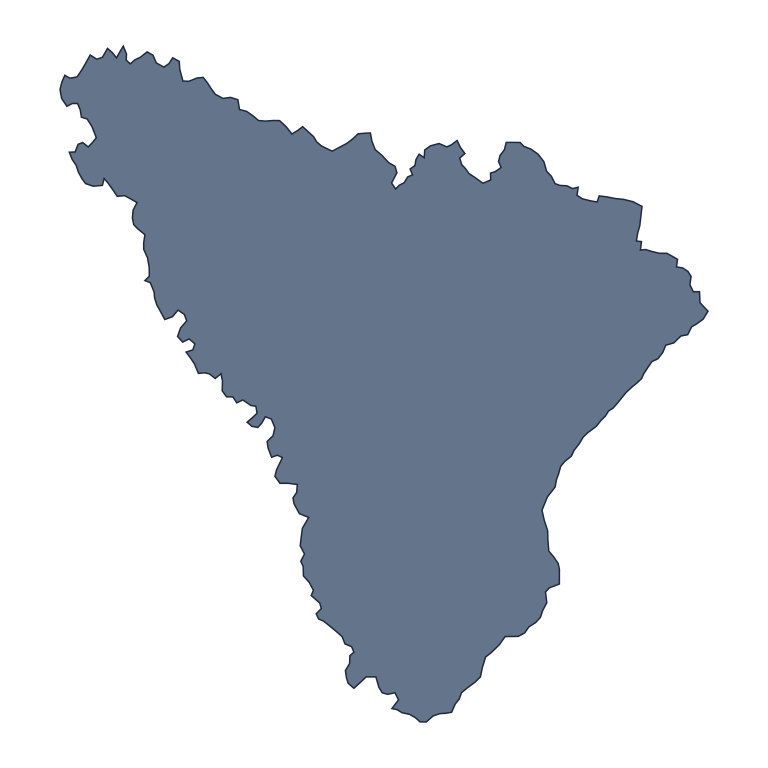 the district of Palestina, São Paulo, Brazil
{"feature_id": "56859067B15290708695755", "entity_name": "Palestina", "entity_type": "district", "adm_level": 2, "iso_a3": "BRA", "parent_name": "Brazil", "parent_adm1": "São Paulo", "projection": "natural_earth1", "projection_center": [-49.516, -20.338], "detail": "fine", "context": "isolated", "style": "filled", "palette": "slate", "viewbox_px": 768, "rotation_deg": 0, "n_neighbors": 0, "source": "geoboundaries", "source_scale": "gbopen_adm2", "svg_char_len": 4262}
<svg xmlns="http://www.w3.org/2000/svg" viewBox="0 0 768 768"><path d="M133.7,224.6L137.5,228.6L144.9,234.7L143.7,242.8L143.7,249.3L147.6,258.0L149.2,267.5L149.3,276.2L144.9,280.6L150.3,282.7L154.1,292.0L154.6,298.0L156.7,304.6L160.2,311.0L164.8,319.5L172.5,316.7L178.0,310.1L184.3,314.4L186.7,320.8L180.5,328.0L177.6,336.4L182.6,342.1L189.1,338.9L194.9,343.9L192.8,349.9L186.1,352.1L190.7,358.3L194.4,363.8L198.4,373.4L204.6,372.8L209.4,373.9L215.2,378.5L221.1,373.7L222.5,381.3L222.2,390.8L226.5,396.8L232.9,396.9L236.7,402.8L242.8,400.0L250.8,405.4L255.9,406.3L257.0,413.3L251.9,418.1L247.1,422.2L251.9,426.3L257.8,427.5L261.8,423.1L265.3,416.8L271.3,419.0L274.9,427.6L273.0,435.8L267.1,441.5L268.1,448.1L271.6,457.3L277.3,455.2L282.4,457.6L279.5,463.7L276.6,469.7L274.9,476.3L280.0,483.3L288.0,483.3L297.3,484.5L296.7,492.4L293.0,497.9L294.0,503.7L299.4,513.7L308.7,517.5L302.4,528.2L301.3,536.5L300.2,545.8L304.5,554.0L300.8,561.2L303.2,566.6L303.4,575.9L309.3,582.5L313.4,590.3L311.2,595.5L319.7,603.0L321.3,608.5L316.2,613.8L318.6,619.0L323.5,621.1L329.8,626.1L336.1,631.3L342.1,636.6L345.0,643.9L351.6,646.7L353.9,652.2L349.9,655.6L349.6,663.5L345.4,670.6L346.4,677.5L348.1,683.2L353.9,688.3L359.8,682.9L366.2,676.9L375.9,676.9L378.8,687.1L382.2,692.8L387.6,694.3L395.0,692.8L398.5,699.9L391.9,708.6L397.0,709.6L402.0,712.7L409.5,714.3L415.4,717.7L420.0,721.9L426.3,721.9L433.2,715.9L440.0,713.6L445.5,713.3L451.6,712.3L455.2,704.1L459.2,699.1L461.5,692.7L467.7,687.6L474.9,682.3L480.4,676.9L482.4,667.4L485.6,657.0L491.0,652.8L499.2,644.9L505.1,636.6L518.2,636.4L524.7,632.9L528.9,626.9L535.8,622.4L540.4,617.4L542.8,610.3L546.8,602.7L545.5,592.1L549.2,587.9L559.4,584.0L559.4,569.2L558.2,563.5L553.4,556.5L548.8,551.1L547.9,540.3L547.6,530.6L544.2,520.1L542.0,510.2L547.4,496.9L555.1,487.1L556.5,479.5L558.6,473.8L560.7,466.3L564.8,461.4L571.4,456.1L574.1,450.3L579.2,443.8L583.2,437.1L587.9,432.6L596.3,426.3L601.1,420.3L605.4,416.1L608.5,411.1L613.3,407.9L618.1,402.4L625.7,392.9L632.6,386.4L636.7,383.2L641.5,378.7L643.8,373.7L647.3,368.3L651.9,361.6L658.0,358.7L662.8,352.4L665.8,345.2L673.8,342.9L680.9,336.0L687.7,334.7L691.6,326.9L697.1,323.6L703.1,319.2L708.0,311.2L700.0,302.7L699.5,291.7L693.3,291.7L689.9,284.7L691.1,276.4L687.9,271.4L682.6,267.9L676.5,266.9L677.5,259.3L666.9,253.3L659.4,253.3L651.9,251.5L645.5,249.5L640.4,250.1L641.5,241.6L636.4,241.0L637.7,233.1L639.8,225.7L641.0,215.1L642.0,206.4L633.0,201.7L623.6,199.4L615.1,198.5L607.0,196.9L599.2,195.9L597.1,202.0L590.0,200.7L582.4,198.8L577.0,195.3L578.2,187.2L572.6,188.6L566.9,185.8L559.8,185.4L555.0,183.6L551.4,176.3L546.6,171.2L543.9,161.7L538.0,154.1L530.9,149.1L523.8,146.3L520.1,142.5L513.9,142.4L506.2,142.4L504.4,149.8L500.1,155.4L498.5,161.5L501.1,167.5L495.3,171.6L490.5,173.1L490.7,179.9L483.0,183.3L474.7,177.3L468.9,173.5L465.3,168.4L461.7,164.6L459.7,158.0L464.9,153.6L460.3,147.2L457.1,140.5L451.7,144.6L446.9,146.9L439.0,143.5L430.3,145.9L424.7,150.0L424.2,157.7L419.1,154.2L416.0,159.5L414.9,165.6L410.1,169.0L412.5,174.8L407.6,177.0L404.2,182.7L399.3,185.2L395.6,189.0L391.6,183.0L396.9,172.8L395.1,166.4L388.5,162.5L382.3,155.7L375.2,149.6L371.9,141.2L370.4,133.0L365.4,133.2L358.2,133.8L352.0,139.5L346.7,143.5L338.5,147.8L332.2,151.2L321.3,145.9L316.7,141.9L313.6,136.7L308.5,132.0L302.7,126.7L297.2,130.8L291.9,134.0L286.3,126.9L279.6,120.6L273.8,120.5L265.2,121.1L258.5,120.5L253.7,116.4L246.7,111.4L239.5,109.5L237.9,99.7L230.5,97.4L223.0,98.4L215.3,94.3L210.9,88.3L207.5,82.9L203.2,77.4L197.0,78.0L188.8,81.3L182.9,81.0L181.3,75.0L179.7,68.9L179.3,61.4L172.7,57.8L169.0,63.6L163.9,67.1L156.4,63.0L152.9,55.1L147.1,51.9L140.4,57.2L135.0,59.8L130.2,63.9L126.2,60.0L126.5,54.1L123.3,46.1L120.3,51.1L116.5,57.8L112.4,52.7L107.5,48.4L102.4,57.3L96.8,59.2L90.2,55.0L86.7,61.4L81.9,69.7L77.1,76.9L69.9,78.2L64.8,75.3L61.9,82.0L60.0,89.5L61.6,98.4L66.9,106.3L72.3,103.5L77.6,103.5L80.3,110.1L81.4,117.2L87.2,119.0L92.0,126.7L96.3,137.7L92.3,142.7L88.2,146.9L82.7,142.5L78.1,144.3L75.1,152.0L69.3,152.2L72.2,159.5L76.1,165.2L78.4,172.2L82.1,178.9L85.6,183.6L93.1,186.2L102.4,185.4L104.1,178.5L108.0,183.0L112.9,189.9L117.2,196.3L124.7,195.7L130.7,198.9L137.0,202.6L133.1,210.2L132.4,217.9L133.7,224.6Z" fill="#64748b" stroke="#1e293b" stroke-width="1.5"/></svg>